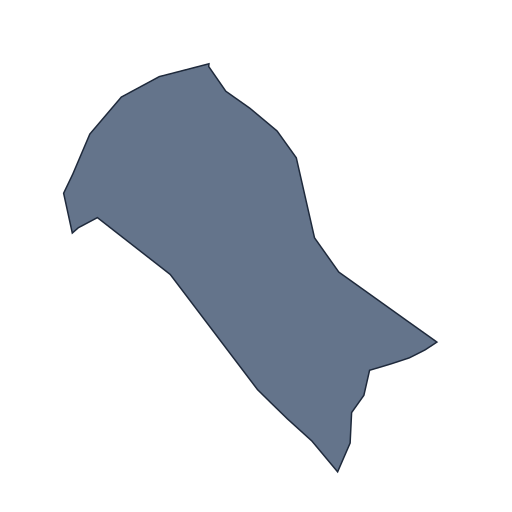 Bunia, Orientale, Democratic Republic of the Congo, rotated 313°
{"feature_id": "63176286B65216379244562", "entity_name": "Bunia", "entity_type": "district", "adm_level": 2, "iso_a3": "COD", "parent_name": "Democratic Republic of the Congo", "parent_adm1": "Orientale", "projection": "equal_earth", "projection_center": [30.259, 1.541], "detail": "fine", "context": "isolated", "style": "filled", "palette": "slate", "viewbox_px": 512, "rotation_deg": 313, "n_neighbors": 0, "source": "geoboundaries", "source_scale": "gbopen_adm2", "svg_char_len": 559}
<svg xmlns="http://www.w3.org/2000/svg" viewBox="0 0 512 512"><g transform="rotate(313 256 256)"><path d="M364.5,90.5L321.2,62.9L280.4,49.1L231.9,51.3L191.1,66.1L170.7,72.5L147.5,106.0L155.6,106.8L175.9,113.8L184.0,205.9L159.3,348.3L158.8,367.0L158.3,390.3L158.8,423.0L153.8,462.9L183.4,452.4L206.7,432.7L227.7,429.9L249.9,417.0L269.5,428.5L286.1,437.6L302.7,443.7L316.4,447.0L316.2,445.3L311.5,410.0L300.7,327.5L309.2,286.4L355.3,218.5L361.8,186.2L359.9,150.9L355.9,121.6L362.3,92.2L364.5,90.5Z" fill="#64748b" stroke="#1e293b" stroke-width="1.5"/></g></svg>